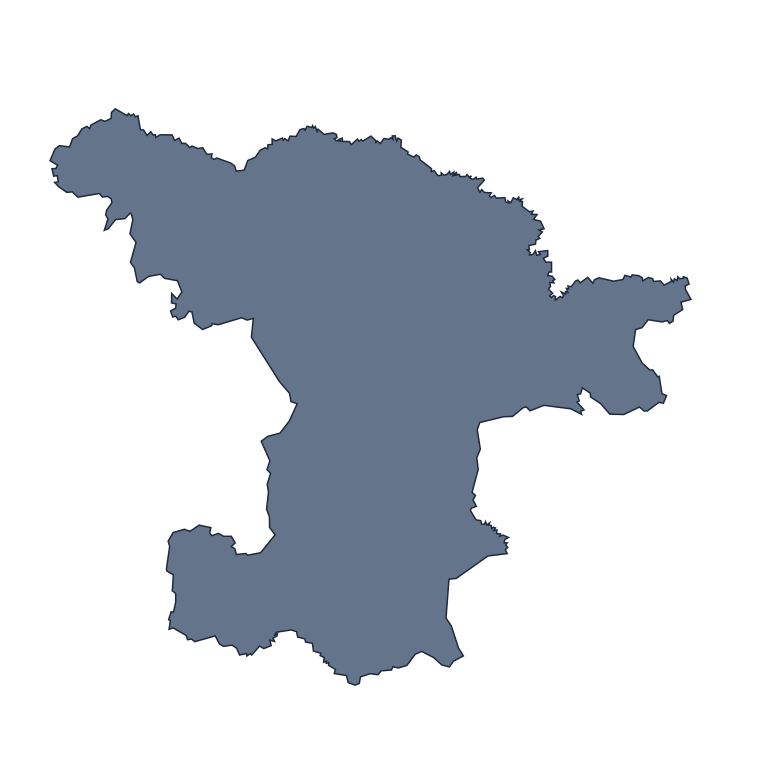 outline of Sawang Daen Din, Sakon Nakhon, Thailand, rotated 85°
{"feature_id": "78962969B25029845772948", "entity_name": "Sawang Daen Din", "entity_type": "district", "adm_level": 2, "iso_a3": "THA", "parent_name": "Thailand", "parent_adm1": "Sakon Nakhon", "projection": "mercator", "projection_center": [103.39, 17.476], "detail": "fine", "context": "isolated", "style": "filled", "palette": "slate", "viewbox_px": 768, "rotation_deg": 85, "n_neighbors": 0, "source": "geoboundaries", "source_scale": "gbopen_adm2", "svg_char_len": 6137}
<svg xmlns="http://www.w3.org/2000/svg" viewBox="0 0 768 768"><g transform="rotate(85 384 384)"><path d="M186.0,274.3L188.0,277.4L186.3,280.6L184.3,278.8L185.2,281.1L182.6,283.0L184.4,284.5L183.9,290.5L181.8,290.6L182.2,294.9L180.7,293.2L179.6,293.5L182.2,297.1L178.9,296.0L181.0,299.7L177.9,300.1L180.8,303.2L181.3,306.0L178.6,308.6L181.1,308.7L181.0,312.4L175.8,315.4L176.5,318.4L173.6,317.9L164.0,328.4L160.5,329.2L158.6,331.9L160.5,334.5L157.1,340.5L154.9,339.8L149.7,346.5L142.5,345.5L140.3,348.6L143.0,350.2L137.6,351.3L137.6,354.1L141.0,353.8L139.2,355.5L140.7,357.7L139.4,362.7L144.1,366.7L141.3,369.5L143.2,371.5L141.2,370.8L135.9,375.4L140.2,384.1L138.5,385.3L140.0,387.8L137.7,389.1L142.8,395.9L139.5,397.2L138.7,404.2L135.4,404.1L136.5,407.9L138.2,406.4L137.3,410.7L135.4,412.2L134.6,409.4L131.3,409.6L129.4,412.9L130.1,422.0L124.4,427.5L126.7,428.7L121.5,430.0L122.9,431.7L120.4,432.7L122.1,433.4L120.6,438.2L124.2,440.4L122.5,441.4L123.3,445.6L129.7,449.9L128.9,456.0L133.4,458.3L130.9,461.4L132.3,463.1L130.1,463.7L132.4,470.6L130.1,474.1L135.6,474.5L135.5,478.7L139.5,479.4L138.3,481.9L140.3,487.0L146.9,492.4L149.5,500.2L158.8,504.7L159.0,512.7L153.7,513.8L150.5,517.5L144.3,530.9L145.4,533.7L143.7,536.3L139.8,535.3L139.8,540.5L132.8,544.0L133.2,548.9L130.2,554.6L131.6,556.9L127.1,560.6L126.6,564.5L121.2,566.8L123.1,571.4L117.4,573.4L116.2,585.2L118.5,589.8L115.7,590.0L115.9,592.2L112.4,594.4L115.7,598.4L109.9,601.4L109.7,604.5L95.3,605.7L96.2,608.3L93.3,609.9L94.7,613.0L92.3,614.9L94.2,616.6L86.5,627.7L89.6,631.8L95.6,632.7L98.0,639.0L96.1,643.1L100.4,653.2L103.9,655.1L101.5,657.5L103.5,662.7L110.1,667.6L112.5,672.9L120.4,676.6L118.3,686.5L121.2,691.3L132.4,697.2L137.6,690.1L140.7,692.1L140.6,696.0L148.2,694.9L147.9,691.4L154.2,690.8L154.4,694.5L158.7,691.3L165.4,683.4L165.5,677.7L171.2,672.7L169.4,650.9L173.2,648.3L173.1,642.8L175.7,639.7L179.7,639.2L186.7,645.2L191.4,646.5L195.5,644.6L206.5,649.2L205.4,645.4L196.8,636.9L196.7,627.7L191.5,621.9L193.0,620.8L198.5,619.9L212.2,624.0L221.4,618.7L240.8,626.0L246.5,622.5L260.5,620.9L262.0,618.6L256.3,609.2L255.2,597.1L259.6,593.4L263.1,580.8L274.7,577.3L281.3,582.8L275.3,587.6L284.6,588.6L286.3,584.1L290.3,585.0L292.7,590.3L298.9,588.6L298.3,585.6L302.1,583.3L300.1,576.7L294.5,572.0L295.6,569.0L306.8,567.8L313.9,560.0L311.0,550.7L309.0,549.8L310.5,544.0L305.6,520.1L308.4,514.8L307.3,508.5L325.9,512.0L372.7,487.8L385.1,478.9L393.4,478.2L396.1,472.2L412.5,481.5L423.9,491.9L426.0,504.3L430.3,511.3L450.6,504.4L459.1,508.0L463.2,504.8L473.8,509.1L481.5,508.5L498.5,511.9L506.3,509.7L517.0,510.5L524.7,505.6L541.3,521.6L542.7,534.9L540.8,536.4L541.0,545.9L535.2,546.9L532.6,550.3L529.4,546.1L522.4,549.4L521.7,557.1L518.4,561.9L520.0,568.8L517.1,570.6L512.0,569.0L508.5,580.5L513.9,590.2L511.3,595.4L513.6,607.0L521.7,612.7L527.3,611.7L549.0,616.8L551.3,616.7L555.7,610.5L571.7,612.9L574.4,609.8L583.2,610.5L592.9,613.6L592.4,615.9L600.0,619.1L601.2,617.5L609.6,619.5L608.6,615.3L617.4,602.8L621.6,602.0L621.4,597.9L624.2,595.0L620.2,574.1L628.8,570.5L631.4,566.7L630.9,558.1L634.4,553.8L641.4,551.5L640.6,544.3L643.0,544.3L641.0,540.8L642.5,539.4L634.2,530.8L637.1,526.8L634.8,519.2L629.3,520.0L630.9,515.5L627.6,516.8L625.7,512.6L623.6,512.0L624.4,514.6L621.9,512.9L620.9,497.8L623.1,492.7L628.6,492.1L631.0,485.1L634.3,484.6L636.0,477.9L643.9,477.6L646.7,470.5L649.0,471.3L651.2,467.5L655.9,468.4L655.1,465.5L657.2,465.9L656.8,463.2L659.4,463.8L664.2,457.2L668.1,458.8L671.2,446.8L678.3,445.7L681.5,439.1L680.2,434.7L673.7,433.0L671.4,422.9L673.1,415.4L669.5,411.8L669.6,401.5L666.5,399.8L668.1,394.4L666.4,385.8L655.9,376.4L653.7,369.8L660.7,358.6L668.9,350.9L671.6,343.5L666.2,339.0L661.8,328.6L653.5,332.8L630.9,338.0L622.6,342.6L584.1,336.3L584.0,329.1L564.4,295.5L563.7,276.0L559.8,277.6L557.4,275.0L554.8,276.8L553.0,275.1L552.7,278.1L549.6,277.4L547.7,273.4L544.9,278.6L545.8,282.1L543.5,281.0L542.8,284.9L539.2,284.2L539.6,287.4L537.1,285.5L536.2,287.6L537.5,289.2L534.2,289.6L533.6,292.0L531.5,290.9L533.3,293.8L529.9,294.9L532.4,295.9L532.3,298.9L528.6,299.5L527.3,304.2L517.8,308.9L515.4,308.0L513.9,302.6L507.3,305.4L503.0,302.6L499.6,305.7L477.3,297.6L465.6,298.0L457.3,293.7L437.6,295.1L430.7,291.9L427.0,267.9L427.5,258.8L419.7,247.4L419.4,244.1L423.4,240.9L419.2,226.5L425.0,200.1L431.4,189.8L428.4,190.5L427.2,187.0L418.8,193.3L417.9,191.0L411.4,192.3L411.0,189.0L405.2,186.8L411.1,179.3L415.0,179.3L422.4,169.9L433.7,161.7L435.3,147.8L429.2,131.5L433.6,127.3L433.8,124.0L426.3,111.8L427.4,107.3L420.2,103.5L417.8,108.0L400.3,109.1L400.8,110.7L393.4,115.0L393.3,117.9L385.8,124.9L368.3,132.5L351.7,128.6L350.4,122.1L343.0,115.2L346.4,101.7L345.5,96.3L348.5,94.3L346.6,90.6L340.9,89.5L335.8,79.9L328.4,81.1L326.5,70.8L315.9,75.5L312.6,75.5L311.0,71.4L304.9,72.8L303.2,76.4L304.8,76.4L304.8,80.3L302.8,82.0L306.5,82.9L304.5,85.5L307.6,86.8L304.5,88.9L306.8,88.8L309.9,96.4L305.4,99.5L305.3,106.5L302.5,107.2L300.9,111.3L303.8,117.2L300.6,117.4L298.2,120.9L297.0,127.3L298.9,128.7L296.8,134.5L300.7,136.9L301.6,146.3L296.9,160.6L298.5,165.2L301.9,167.1L295.5,171.7L300.3,179.7L297.3,181.7L298.2,184.4L303.4,188.9L302.4,192.2L305.3,191.8L304.7,194.0L308.8,192.8L307.8,195.2L310.2,195.2L307.8,199.3L311.7,197.4L313.6,198.9L312.1,200.9L315.4,206.0L311.9,205.5L310.7,207.3L312.4,209.7L310.5,211.3L308.3,208.0L303.8,212.0L301.3,209.6L297.2,209.9L298.1,205.9L295.6,206.9L294.9,204.7L291.3,207.1L290.3,211.4L286.8,210.0L287.1,207.3L277.2,206.5L276.8,212.0L272.7,214.4L270.9,209.6L265.3,209.3L265.7,218.6L268.6,217.0L269.1,220.7L264.4,221.5L267.9,224.3L268.2,227.8L265.8,226.9L262.8,229.7L262.9,227.5L258.7,227.7L257.9,220.9L254.0,220.1L252.5,216.2L250.4,217.5L246.3,213.0L244.0,216.3L243.4,211.0L235.4,213.8L233.2,220.7L228.5,216.7L227.7,222.5L224.7,220.5L225.0,224.3L219.0,230.9L214.4,230.1L213.8,232.6L211.7,230.3L212.4,234.0L209.0,233.1L211.7,235.5L209.8,239.0L214.4,242.0L212.4,244.5L214.5,244.1L213.1,247.0L209.0,247.3L208.5,256.0L205.8,257.5L207.6,261.4L205.7,262.6L202.9,260.5L201.9,267.3L198.8,269.7L201.3,271.7L196.6,273.7L189.8,266.4L187.5,267.7L188.0,273.8L186.0,274.3Z" fill="#64748b" stroke="#1e293b" stroke-width="1.5"/></g></svg>